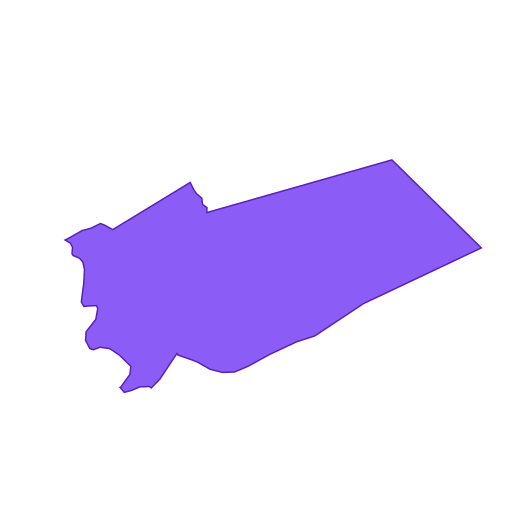 Cresslands, Soufrière, Saint Lucia, rotated 55°
{"feature_id": "8701671B34835556346125", "entity_name": "Cresslands", "entity_type": "district", "adm_level": 2, "iso_a3": "LCA", "parent_name": "Saint Lucia", "parent_adm1": "Soufrière", "projection": "natural_earth1", "projection_center": [-61.042, 13.86], "detail": "fine", "context": "isolated", "style": "filled", "palette": "violet", "viewbox_px": 512, "rotation_deg": 55, "n_neighbors": 0, "source": "geoboundaries", "source_scale": "gbopen_adm2", "svg_char_len": 993}
<svg xmlns="http://www.w3.org/2000/svg" viewBox="0 0 512 512"><g transform="rotate(55 256 256)"><path d="M255.6,89.5L255.2,89.6L192.2,271.4L188.2,268.4L183.1,270.2L177.5,267.2L170.8,269.0L166.3,269.0L158.0,267.7L152.5,354.1L152.2,358.2L150.6,359.0L143.8,362.4L140.2,364.7L138.5,375.5L136.6,380.7L135.4,383.9L134.2,397.1L133.4,403.2L139.0,400.7L143.6,401.3L148.7,405.5L150.8,405.5L156.4,401.9L161.6,401.3L168.8,404.3L179.6,412.8L193.4,425.4L198.6,426.0L201.6,420.6L205.2,415.2L206.3,415.4L208.3,415.8L216.0,423.6L220.6,438.6L227.3,444.0L236.6,445.2L239.6,442.8L241.2,436.2L247.9,429.0L258.6,424.8L274.6,421.8L280.7,427.2L285.9,442.2L285.7,442.7L287.1,442.6L292.2,442.1L294.8,434.8L296.6,426.2L301.8,418.1L304.0,417.5L302.2,407.8L301.7,405.3L290.5,376.7L292.5,376.7L304.9,367.7L309.5,364.7L322.3,358.7L332.1,350.3L338.7,340.1L341.8,325.6L344.4,301.6L349.5,272.2L355.2,253.5L356.6,195.5L358.0,187.3L378.6,66.8L361.0,70.0L255.6,89.5Z" fill="#8b5cf6" stroke="#5b21b6" stroke-width="1.5"/></g></svg>